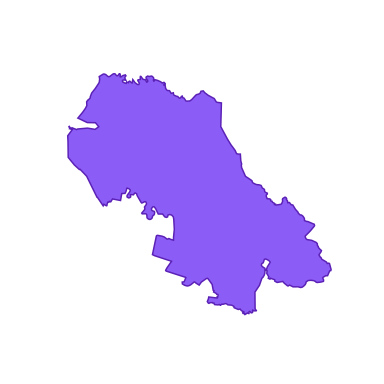 the district of Guachené, Cauca, Colombia, rotated 326°
{"feature_id": "7082276B47374862925181", "entity_name": "Guachené", "entity_type": "district", "adm_level": 2, "iso_a3": "COL", "parent_name": "Colombia", "parent_adm1": "Cauca", "projection": "mercator", "projection_center": [-76.391, 3.144], "detail": "fine", "context": "isolated", "style": "filled", "palette": "violet", "viewbox_px": 384, "rotation_deg": 326, "n_neighbors": 0, "source": "geoboundaries", "source_scale": "gbopen_adm2", "svg_char_len": 6023}
<svg xmlns="http://www.w3.org/2000/svg" viewBox="0 0 384 384"><g transform="rotate(326 192 192)"><path d="M126.4,70.9L125.9,71.1L127.7,73.3L120.4,75.9L117.5,80.7L108.7,94.1L109.6,103.8L111.2,110.4L111.9,110.6L113.5,120.0L110.3,143.3L110.6,143.7L110.6,153.8L112.1,152.9L112.8,154.7L113.4,155.6L113.8,155.7L114.9,154.5L116.7,153.3L117.3,153.9L118.2,153.6L118.5,153.8L118.6,154.4L119.2,154.7L122.2,153.3L128.0,159.1L132.9,154.0L135.7,155.7L137.5,154.7L139.8,152.7L140.3,152.4L140.6,152.7L141.7,154.4L141.9,155.6L141.6,156.3L140.3,157.1L136.7,158.4L135.8,159.0L135.4,160.1L136.3,161.6L137.6,161.9L138.3,161.8L138.7,161.4L139.4,159.7L140.1,160.1L141.9,161.6L143.7,160.9L144.3,161.0L145.1,162.3L144.5,164.5L144.0,171.8L144.1,172.9L145.0,173.3L147.3,173.6L147.9,173.9L148.2,174.8L147.9,176.0L147.3,176.7L144.2,177.9L143.4,179.7L142.8,180.1L138.5,181.4L138.5,182.3L141.3,184.0L141.8,184.8L141.7,185.8L140.3,188.2L140.6,189.8L141.2,190.8L142.4,191.5L143.6,191.5L144.5,191.2L145.9,189.9L147.9,189.7L148.4,189.4L149.8,187.8L149.9,187.0L148.5,185.1L148.5,184.1L149.1,183.2L150.6,182.5L151.6,182.5L152.4,183.3L152.5,185.6L151.7,191.4L155.3,193.8L155.5,197.3L156.5,198.7L157.8,199.0L159.2,197.7L160.9,198.2L162.2,199.7L162.6,202.0L161.8,204.1L156.5,213.0L151.3,219.3L149.7,221.6L147.9,219.4L146.8,217.6L145.3,217.4L145.0,217.1L143.8,213.7L142.4,211.8L139.9,209.3L139.1,208.6L138.4,208.4L137.8,208.6L124.2,221.8L125.3,223.8L136.3,238.0L128.8,240.9L126.5,242.1L126.2,242.5L126.5,243.3L138.9,259.1L139.0,259.6L135.3,262.0L133.5,261.2L132.6,262.8L133.7,265.2L135.4,267.2L136.4,267.7L137.8,268.1L139.6,268.2L143.5,267.8L143.9,268.1L144.4,269.9L145.9,273.2L149.4,271.9L155.5,271.8L156.6,272.3L156.8,272.9L157.0,279.9L154.6,285.4L155.1,286.0L154.0,287.0L155.3,289.5L155.3,290.6L156.1,291.3L156.1,292.0L154.6,293.4L154.3,292.9L153.5,293.9L147.2,288.4L146.0,289.6L143.4,291.4L143.4,293.3L143.8,293.8L144.9,293.8L147.1,295.1L147.1,295.7L148.1,296.4L147.8,297.2L147.8,298.0L150.5,300.2L151.7,300.5L152.0,300.8L152.0,301.6L152.4,301.9L153.8,301.6L155.1,302.5L157.3,303.2L158.1,304.0L158.6,305.6L161.6,308.0L162.8,310.3L162.2,311.3L162.4,311.8L164.7,315.3L166.4,315.9L166.6,318.0L167.8,320.2L166.5,320.4L166.4,320.9L166.5,321.3L167.6,321.8L167.6,322.4L167.2,322.7L167.3,323.2L170.3,323.3L170.9,324.4L171.3,324.6L172.1,323.3L172.8,323.1L173.4,324.1L173.4,325.1L174.1,325.7L175.1,325.5L175.9,324.1L176.4,323.9L176.7,325.0L178.7,326.4L179.1,326.2L178.9,324.5L179.2,323.8L188.2,310.2L195.7,307.1L201.7,302.6L203.1,302.4L205.4,301.3L207.1,299.9L209.8,296.1L208.5,293.0L208.6,291.4L209.8,290.4L211.5,290.5L214.2,288.4L215.1,288.4L216.2,289.5L217.3,291.7L217.6,293.0L217.5,294.0L212.6,296.2L209.6,298.5L210.2,299.4L208.5,301.2L208.2,305.4L207.0,306.1L207.7,307.6L208.3,307.9L208.9,307.5L211.5,311.0L210.8,312.3L212.0,314.6L217.2,316.9L217.5,319.2L218.7,323.2L219.3,323.7L220.9,323.8L222.7,327.1L226.9,329.9L228.5,331.8L229.9,332.5L231.8,332.5L234.0,332.1L235.3,331.4L236.3,330.4L238.4,330.3L239.3,330.6L241.2,331.7L243.3,333.5L244.3,335.2L244.4,336.0L245.1,337.0L248.6,338.8L251.0,339.6L251.9,338.6L252.3,336.3L253.1,336.0L256.0,336.2L257.6,337.2L262.0,334.4L263.2,334.8L264.0,334.0L266.0,328.1L265.3,327.3L264.2,326.9L264.3,325.2L262.0,320.4L262.3,318.4L261.9,317.7L262.1,316.6L261.9,316.0L262.3,315.0L265.4,313.8L266.6,312.9L266.0,310.7L265.8,308.6L266.2,307.8L266.1,306.4L267.0,304.9L266.8,303.3L264.2,299.0L260.8,295.8L260.4,294.6L260.7,292.8L261.1,291.9L268.5,290.4L274.3,288.7L274.9,288.3L275.3,287.1L271.4,281.1L270.7,280.7L269.3,278.6L270.4,276.7L270.5,274.3L269.9,272.3L268.9,271.5L268.3,269.2L268.6,267.9L268.1,264.3L268.3,259.1L267.1,258.0L266.9,255.2L265.4,254.4L266.2,252.7L266.1,250.8L266.7,250.5L266.8,249.4L266.5,248.6L265.9,248.2L263.5,248.2L262.6,249.0L262.1,250.3L259.9,251.7L258.8,251.9L254.5,249.9L254.2,249.6L254.5,248.8L253.4,248.5L253.9,247.3L253.0,245.5L253.2,244.4L252.4,243.6L252.4,243.1L253.0,242.3L252.9,241.8L252.3,240.9L250.6,239.7L250.6,239.2L250.9,238.6L251.0,237.4L251.5,236.5L252.1,236.0L253.3,235.8L253.8,235.1L252.8,233.4L252.5,232.3L253.5,230.3L252.5,227.8L252.9,226.0L252.9,225.1L251.4,223.3L250.0,222.3L249.1,221.2L247.8,218.9L247.5,217.9L248.0,216.3L247.8,215.5L245.1,208.9L246.8,199.4L248.0,197.2L248.8,196.6L249.9,193.4L253.3,187.6L251.4,186.3L250.4,185.1L251.0,181.7L250.7,174.5L251.0,167.7L252.4,153.9L266.2,134.6L262.9,131.6L262.5,130.9L262.7,127.0L259.5,120.9L258.1,116.8L257.9,114.5L255.8,113.5L253.8,114.7L252.0,114.5L250.6,113.9L249.4,113.8L243.5,115.2L241.5,115.3L240.7,115.1L238.1,113.5L237.9,113.0L237.9,109.7L237.0,108.5L237.6,107.1L236.7,106.8L235.4,107.5L234.3,107.4L233.8,106.5L233.6,104.8L232.8,104.1L231.3,101.8L231.3,100.8L232.0,99.3L229.9,98.6L230.0,95.4L228.4,94.1L228.1,93.4L228.1,91.3L229.3,88.8L228.5,87.7L228.5,87.3L229.1,87.1L229.6,87.7L230.1,87.7L230.4,87.2L230.2,85.6L229.8,85.3L228.3,85.0L227.6,83.0L226.0,80.4L224.5,78.6L224.0,78.2L222.7,78.8L222.3,78.7L222.4,77.9L223.8,76.5L224.0,76.0L223.8,74.1L223.1,73.1L221.2,72.4L220.1,71.1L218.4,71.0L217.8,71.5L217.5,72.2L217.7,74.3L217.4,75.2L216.8,75.7L215.9,75.6L216.1,73.0L214.4,71.1L214.3,67.7L213.9,67.3L213.3,67.8L212.1,69.8L210.2,68.9L209.7,68.9L209.4,69.4L209.2,72.3L208.3,73.0L207.4,72.9L206.8,72.1L205.9,69.4L205.8,65.7L203.4,68.1L202.9,67.5L202.4,65.3L201.4,65.1L200.7,65.7L200.3,65.8L199.4,64.2L198.2,65.1L197.1,63.9L196.2,62.2L196.4,61.0L197.3,60.6L198.5,61.2L199.6,62.4L200.0,60.0L201.0,59.1L202.2,58.8L202.2,57.6L199.8,56.8L197.5,56.8L196.9,56.5L196.9,56.1L198.1,54.8L198.3,53.6L197.8,53.3L195.8,54.0L194.9,53.8L194.5,53.3L194.3,51.1L193.5,50.3L192.3,50.0L188.5,50.2L187.6,50.0L186.8,48.9L186.2,46.4L185.1,45.0L184.3,44.6L179.6,44.4L178.7,46.6L176.5,49.1L175.5,49.7L169.7,52.1L164.1,53.9L161.0,56.1L160.2,57.1L156.9,57.8L156.8,57.6L155.1,58.3L153.1,61.6L150.3,63.1L145.8,64.8L138.7,66.9L144.0,75.9L150.7,80.6L151.2,85.7L146.7,85.9L141.1,80.6L132.4,75.8L131.3,75.8L128.4,71.6L127.5,71.8L126.4,70.9ZM126.4,70.9L126.5,70.9L127.0,70.8L126.9,69.0L126.4,69.1L126.4,70.9Z" fill="#8b5cf6" stroke="#5b21b6" stroke-width="1.5"/></g></svg>